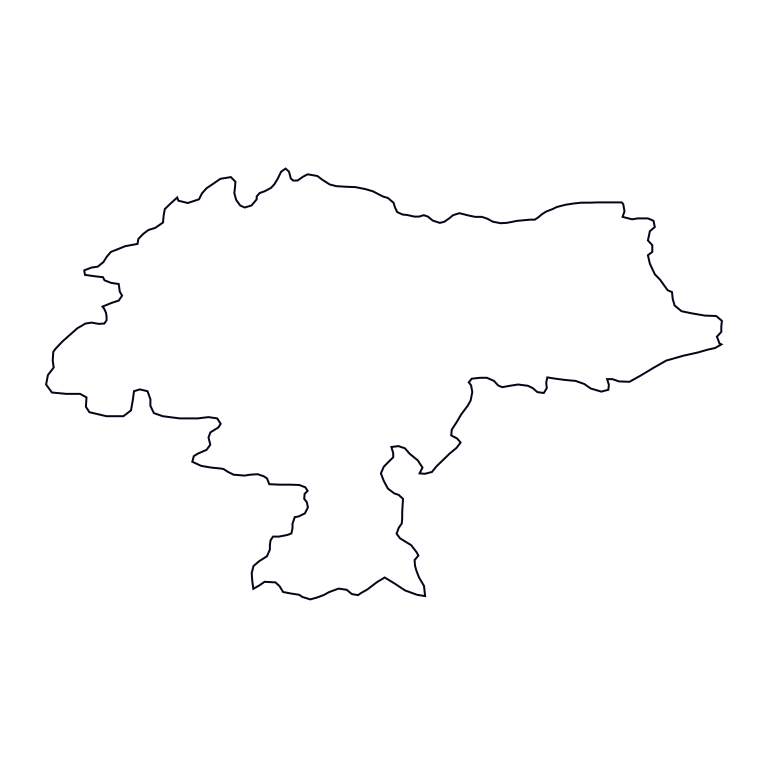 Novogrudok, Grodno, Belarus
{"feature_id": "67162791B21439902878143", "entity_name": "Novogrudok", "entity_type": "district", "adm_level": 2, "iso_a3": "BLR", "parent_name": "Belarus", "parent_adm1": "Grodno", "projection": "robinson", "projection_center": [25.854, 53.617], "detail": "fine", "context": "isolated", "style": "outline", "palette": "ink", "viewbox_px": 768, "rotation_deg": 0, "n_neighbors": 0, "source": "geoboundaries", "source_scale": "gbopen_adm2", "svg_char_len": 4111}
<svg xmlns="http://www.w3.org/2000/svg" viewBox="0 0 768 768"><path d="M177.2,197.5L170.7,203.4L164.8,209.1L163.6,215.8L163.0,222.5L155.4,227.8L148.4,230.0L143.1,234.0L138.4,238.9L137.5,243.9L132.6,244.8L125.2,246.2L110.9,251.9L106.8,256.7L103.4,262.1L97.7,266.7L91.7,267.5L84.2,270.4L85.0,274.9L95.9,276.4L103.0,277.2L104.5,280.3L111.2,282.9L118.7,284.0L119.8,291.7L122.1,295.7L118.7,300.6L111.9,302.8L102.5,306.6L104.2,308.8L106.0,312.8L106.6,317.0L106.6,320.2L104.4,323.5L98.9,323.9L91.5,322.6L85.2,323.6L81.7,325.8L77.4,328.2L71.3,333.6L62.3,341.6L55.6,348.7L53.3,351.8L52.7,360.4L53.7,367.5L47.9,375.1L46.1,384.5L51.9,392.5L66.6,393.9L80.1,393.9L86.5,397.4L85.9,406.8L89.4,412.2L106.4,416.2L123.4,416.2L131.0,410.4L132.8,400.1L134.0,391.2L139.9,389.4L147.5,391.2L150.4,399.2L150.4,405.9L153.9,413.1L162.7,416.2L179.7,418.4L197.9,418.4L208.4,417.1L217.2,418.4L220.7,423.8L218.3,427.5L210.4,432.4L208.5,437.5L210.3,444.7L206.6,449.8L197.9,453.6L193.8,456.1L192.3,461.8L201.3,465.9L211.4,467.6L219.7,468.4L223.5,469.0L228.0,471.9L233.6,474.7L244.5,475.6L250.1,474.7L257.6,474.2L263.6,476.2L267.0,478.4L269.3,484.2L280.5,484.7L291.0,484.7L299.3,485.0L305.3,487.3L307.6,490.8L304.6,493.9L304.2,498.8L306.8,502.2L307.9,507.4L304.9,513.4L298.5,516.5L294.8,517.1L292.5,523.7L292.5,528.3L291.4,533.4L287.6,534.9L279.0,536.6L273.0,536.6L270.5,540.5L269.9,545.0L269.9,549.5L267.0,556.2L259.3,561.1L253.5,566.0L251.7,573.2L252.3,581.3L253.3,588.8L259.7,585.2L264.5,581.8L275.5,582.4L279.5,586.1L283.1,592.0L290.8,593.5L299.3,594.8L302.2,596.9L310.3,599.4L317.1,597.5L323.6,595.1L329.3,592.0L338.6,588.6L346.7,589.8L351.9,594.1L358.0,595.1L361.3,592.9L367.3,589.5L377.0,582.1L384.7,577.5L395.2,583.9L405.0,590.4L417.1,594.8L425.1,596.1L424.0,585.9L419.1,577.6L416.5,571.0L415.0,565.8L414.6,560.1L418.4,555.5L416.5,552.1L411.2,545.2L400.0,538.3L396.6,533.7L398.8,527.7L401.8,523.4L402.2,518.0L402.2,512.2L403.0,498.8L398.5,494.8L394.4,493.5L387.9,488.6L383.8,481.0L380.9,473.4L383.8,466.7L389.1,461.3L393.2,457.3L393.2,453.2L391.4,447.0L398.4,446.1L404.9,448.3L409.6,453.7L417.8,460.4L422.5,467.6L421.3,469.8L419.6,473.4L424.9,473.8L431.9,472.0L436.6,466.2L441.3,461.7L449.5,453.7L456.5,447.9L460.6,442.5L457.1,438.5L451.2,435.4L451.8,429.6L456.5,422.4L461.2,414.4L467.6,405.9L470.6,400.6L472.3,392.1L471.1,385.4L468.8,382.3L471.7,378.7L479.9,377.8L486.9,377.8L494.0,380.9L498.1,385.4L502.2,387.2L509.8,385.8L518.0,384.5L528.0,385.8L532.7,388.1L537.4,392.1L543.8,393.0L546.8,388.1L546.2,382.7L547.3,377.4L555.5,378.7L565.5,380.0L575.5,380.9L584.3,384.0L590.7,388.5L601.3,391.6L608.3,389.8L608.9,384.9L607.1,379.1L612.4,379.1L618.9,381.4L629.4,381.8L639.9,376.0L653.0,368.1L666.2,360.6L683.0,355.8L697.4,352.6L707.9,349.6L715.1,348.0L721.4,344.4L719.5,343.4L716.9,336.7L721.3,331.9L721.3,326.6L721.9,320.8L716.2,316.0L704.9,315.6L691.0,313.2L681.5,311.2L674.6,305.5L672.7,298.8L672.0,292.1L667.6,290.2L660.0,279.6L654.9,274.4L649.9,263.8L647.9,255.2L652.3,251.9L652.3,245.2L647.9,240.4L649.2,234.6L649.8,231.3L654.8,227.0L653.5,220.8L647.9,218.4L637.8,218.4L632.1,219.3L622.6,216.9L624.5,211.2L623.2,204.0L621.7,202.4L607.0,202.4L597.6,202.4L589.0,202.7L581.2,202.7L573.7,203.5L565.8,204.7L556.8,207.0L552.3,209.2L546.3,211.5L541.8,214.3L538.5,217.2L534.7,219.7L529.5,219.7L516.7,220.9L511.5,222.0L506.3,222.9L500.6,223.2L492.8,221.7L487.1,218.6L481.9,216.9L475.5,216.9L469.9,215.8L459.4,213.2L453.0,215.2L449.7,218.0L444.4,221.7L439.9,222.9L432.8,220.6L427.9,216.6L423.8,215.2L419.0,216.6L414.5,216.6L406.6,214.9L402.8,214.6L397.2,212.1L395.0,207.5L393.5,202.7L387.8,197.9L383.4,196.7L378.9,194.4L372.9,191.3L365.4,189.1L355.3,187.1L347.0,186.8L336.5,186.2L329.8,184.5L322.7,180.0L317.4,176.0L307.7,174.3L303.2,176.6L297.6,180.5L293.1,180.5L290.8,178.5L289.0,171.7L285.6,168.6L281.1,171.7L277.7,178.8L274.4,184.2L271.0,187.9L264.6,191.3L259.7,193.0L256.7,196.4L256.7,199.3L251.5,205.5L244.7,207.5L240.2,205.5L236.1,199.8L234.3,193.0L235.0,187.3L235.4,181.7L230.9,177.1L220.4,178.8L213.3,183.7L206.6,188.2L202.0,193.3L199.0,199.3L187.8,203.0L178.4,200.7L177.2,197.5Z" fill="none" stroke="#020617" stroke-width="2"/></svg>